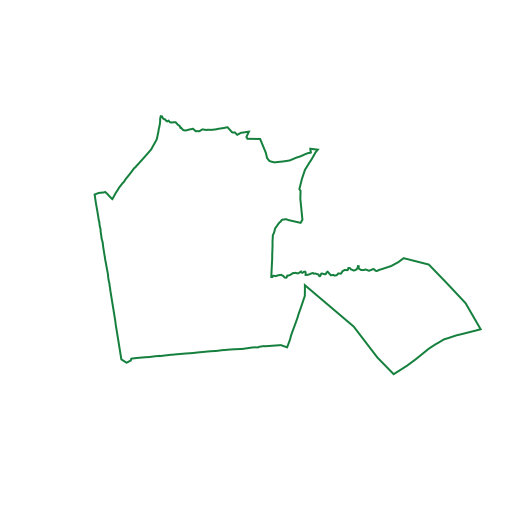 the district of San Lorenzo Albarradas, Oaxaca, Mexico, rotated 333°
{"feature_id": "50627088B11055345087016", "entity_name": "San Lorenzo Albarradas", "entity_type": "district", "adm_level": 2, "iso_a3": "MEX", "parent_name": "Mexico", "parent_adm1": "Oaxaca", "projection": "mercator", "projection_center": [-96.232, 16.89], "detail": "fine", "context": "isolated", "style": "outline", "palette": "green", "viewbox_px": 512, "rotation_deg": 333, "n_neighbors": 0, "source": "geoboundaries", "source_scale": "gbopen_adm2", "svg_char_len": 4344}
<svg xmlns="http://www.w3.org/2000/svg" viewBox="0 0 512 512"><g transform="rotate(333 256 256)"><path d="M386.6,325.0L379.8,326.1L371.7,326.3L360.9,324.6L359.2,324.2L358.8,324.4L356.5,324.1L355.8,323.3L355.3,321.7L354.6,320.8L352.8,320.8L349.9,320.4L347.7,317.9L345.1,317.2L343.3,316.2L342.1,314.2L342.0,313.1L342.9,311.8L342.3,311.3L341.4,312.4L339.6,313.6L337.6,313.6L336.5,313.3L334.6,311.1L334.1,309.3L332.8,308.7L331.7,310.0L330.9,310.1L328.8,308.7L326.2,308.8L324.2,310.1L323.5,310.2L321.4,308.9L319.4,309.7L318.2,309.5L317.0,309.1L316.5,308.1L313.9,307.1L312.7,302.5L311.7,302.6L310.1,303.7L309.3,303.7L306.7,301.5L306.1,301.4L304.4,302.8L303.7,303.0L303.3,302.7L303.2,300.8L302.0,299.7L301.0,298.6L300.0,298.2L299.3,297.8L298.9,296.9L296.9,296.6L296.3,296.7L293.7,296.3L291.6,295.4L292.8,293.0L292.7,292.3L291.6,291.8L289.8,292.1L288.7,291.0L288.9,290.3L286.1,290.6L285.4,290.5L284.8,290.1L283.6,288.9L282.2,288.6L281.4,288.0L277.8,288.4L275.8,288.1L275.0,287.7L274.1,288.6L273.2,289.1L272.1,288.5L271.6,287.6L271.2,286.0L270.6,285.5L269.9,284.2L266.8,283.2L264.3,282.9L262.8,281.6L262.3,281.5L261.5,281.5L261.4,281.6L261.2,281.5L260.9,282.1L260.1,281.6L267.9,268.0L269.2,265.8L270.6,263.0L275.6,254.0L277.5,250.2L278.1,249.2L280.5,245.1L282.4,243.6L283.7,242.3L285.7,240.0L287.4,239.2L290.1,237.7L291.3,237.2L292.2,236.7L293.6,236.6L294.8,235.8L295.9,235.6L297.0,236.0L298.6,236.5L299.5,236.9L300.1,237.5L301.2,238.7L310.8,246.7L313.8,244.8L321.5,225.1L325.3,218.1L325.0,216.1L332.0,208.1L338.9,201.3L339.2,201.2L345.7,197.2L347.7,196.1L349.1,195.3L354.5,191.8L355.8,190.8L359.3,189.3L353.1,185.1L352.7,185.9L351.9,188.7L351.8,188.8L349.4,188.1L349.0,187.9L343.8,187.5L343.3,187.6L341.9,187.4L339.9,187.3L339.1,187.1L336.9,186.7L334.1,186.5L329.6,186.2L328.6,185.9L327.3,185.5L325.5,184.9L321.8,183.6L318.0,182.1L315.2,181.1L313.1,179.4L311.1,177.5L310.3,173.5L310.4,173.4L311.6,168.6L312.8,153.6L301.6,147.7L301.5,145.6L306.1,142.0L298.4,139.4L294.3,139.5L293.2,136.2L291.5,135.6L290.8,134.8L289.1,128.4L287.6,127.9L286.1,127.5L285.9,127.5L280.5,125.7L279.7,125.4L278.7,125.2L277.8,125.0L277.2,124.7L274.8,123.9L274.1,123.6L272.8,123.0L271.9,122.5L270.6,121.7L270.4,121.6L269.6,121.5L269.3,121.3L267.7,120.3L267.3,120.0L265.9,118.9L264.9,118.9L262.1,119.1L259.5,117.6L259.0,117.5L257.6,114.0L255.7,113.5L253.4,112.9L251.1,112.5L249.1,111.5L248.2,110.5L248.0,109.6L247.6,108.6L247.6,107.9L246.9,107.6L247.0,105.3L246.1,104.0L245.1,100.3L242.4,99.1L241.5,98.8L240.1,97.8L239.5,95.7L237.9,95.7L237.1,94.0L237.1,93.1L236.2,92.3L236.0,92.0L235.5,90.9L235.7,89.1L234.6,88.2L232.9,90.2L231.9,92.2L230.5,94.4L229.5,95.7L228.5,97.0L226.7,99.1L226.1,100.1L221.0,106.5L219.5,107.7L210.9,113.5L200.9,117.5L191.3,121.2L190.8,121.2L188.9,122.2L187.4,122.4L183.0,124.6L178.7,126.6L174.8,128.3L171.8,130.1L170.5,130.4L165.1,132.9L161.6,135.1L160.0,135.9L154.0,140.0L153.8,140.1L153.7,139.9L152.4,135.8L151.9,133.8L150.7,130.5L149.3,130.3L144.5,128.4L140.1,128.0L137.3,136.4L136.8,138.0L134.9,144.3L133.2,149.6L132.3,152.2L131.9,153.8L131.9,154.4L131.8,154.5L130.4,158.3L129.7,161.4L128.8,163.4L128.2,165.0L128.1,165.4L126.3,170.6L126.0,172.1L125.5,174.5L124.1,178.1L121.0,187.7L121.0,187.9L120.2,190.0L119.3,193.2L117.9,197.9L115.6,205.7L115.1,206.6L113.7,210.7L112.9,213.9L112.2,215.7L111.2,219.0L110.9,219.7L110.8,219.8L101.1,250.1L100.1,252.7L89.1,287.0L92.2,292.3L96.9,292.3L98.3,290.9L100.1,291.5L103.4,292.7L106.6,294.0L111.3,295.9L114.6,297.4L116.5,298.1L119.7,299.2L124.0,300.9L123.9,301.0L125.3,301.7L129.2,303.1L135.9,305.6L136.9,306.1L139.6,307.1L148.7,310.8L155.7,313.8L161.4,315.9L167.1,318.2L169.8,319.2L169.9,319.3L172.7,320.4L177.1,322.4L178.1,322.8L178.7,323.0L182.1,324.2L184.1,324.9L185.0,325.4L189.1,327.0L194.0,329.1L201.0,332.3L201.6,332.6L211.4,335.9L211.5,336.0L213.0,336.6L216.4,338.4L217.5,338.3L222.3,339.9L222.8,340.4L226.3,341.9L237.7,346.7L241.4,350.6L242.3,351.5L249.0,345.3L249.3,344.8L251.0,342.9L254.0,340.0L258.6,335.8L264.9,329.9L267.1,327.5L270.2,324.6L271.8,323.1L278.0,317.0L281.4,313.7L284.5,307.8L284.6,307.6L286.3,304.2L311.0,363.2L318.1,401.7L325.0,423.8L340.8,422.3L351.1,420.6L368.1,417.0L375.7,416.2L380.6,416.0L385.2,415.6L387.3,415.9L389.9,416.4L398.7,417.7L403.0,418.8L415.8,421.7L422.9,423.3L421.3,393.1L413.4,365.9L406.1,342.1L386.6,325.0Z" fill="none" stroke="#15803d" stroke-width="2"/></g></svg>